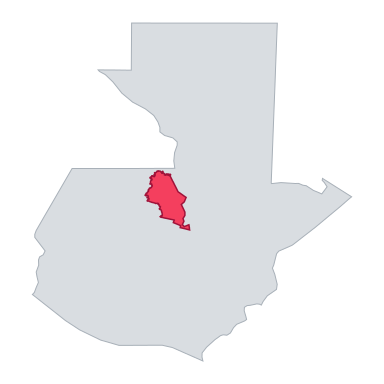 Cobán, Alta Verapaz, Guatemala shown in context
{"feature_id": "79465075B25337893511969", "entity_name": "Cobán", "entity_type": "district", "adm_level": 2, "iso_a3": "GTM", "parent_name": "Guatemala", "parent_adm1": "Alta Verapaz", "projection": "mercator", "projection_center": [-90.634, 15.685], "detail": "fine", "context": "in_parent", "style": "filled", "palette": "rose", "viewbox_px": 384, "rotation_deg": 0, "n_neighbors": 0, "source": "geoboundaries", "source_scale": "gbopen_adm2", "svg_char_len": 6296}
<svg xmlns="http://www.w3.org/2000/svg" viewBox="0 0 384 384"><path d="M32.4,294.5L34.4,292.4L36.2,287.5L38.4,282.5L37.0,276.7L36.2,272.0L38.7,265.2L38.5,260.0L39.6,256.9L43.2,254.8L45.1,250.9L34.8,237.4L34.8,234.3L36.2,230.5L44.5,216.1L54.5,198.9L65.5,179.9L72.1,168.5L96.2,168.5L112.2,168.5L132.4,168.5L154.4,168.4L168.9,168.4L174.8,168.3L173.8,160.9L174.6,152.6L177.2,145.2L177.2,141.9L172.9,137.9L164.6,135.5L159.9,131.9L159.9,127.4L157.9,121.9L153.8,115.5L145.4,108.9L132.7,102.2L121.9,93.2L112.9,81.9L105.3,74.6L99.5,71.5L98.1,69.9L115.2,70.0L131.3,70.2L131.4,53.9L131.5,39.4L131.6,23.0L160.9,23.1L195.8,23.1L232.1,23.1L260.5,23.2L277.3,23.2L276.5,43.5L275.6,66.9L275.0,84.2L274.1,107.1L273.2,130.6L272.0,162.5L271.2,183.1L271.6,183.6L281.1,182.6L295.2,183.5L298.6,183.4L302.9,185.2L306.2,185.7L313.4,190.4L321.8,193.9L327.1,186.8L324.3,182.5L322.2,180.4L322.5,178.4L351.6,196.8L348.2,199.6L340.8,206.1L327.3,217.3L315.3,227.3L303.7,236.3L293.3,244.4L292.0,245.3L278.8,251.1L276.6,253.7L273.7,265.2L272.4,268.1L274.8,274.4L277.2,284.3L276.5,289.4L267.3,295.8L263.1,301.5L261.3,305.1L259.6,304.2L256.8,303.9L250.2,305.3L247.1,305.6L244.4,307.3L244.2,310.8L245.9,316.6L246.6,319.5L244.7,320.9L236.7,324.3L233.5,327.7L230.4,333.0L226.9,335.2L223.2,334.8L220.6,335.6L215.0,339.6L206.6,347.2L202.1,352.9L202.0,357.1L202.9,361.0L172.3,347.5L162.1,345.2L119.1,345.4L100.7,340.1L79.7,329.9L65.5,320.6L32.4,294.5Z" fill="#d9dde1" stroke="#a8b0b8" stroke-width="1"/><path d="M159.8,217.0L159.9,216.9L161.7,217.4L162.1,217.4L163.4,217.7L163.7,217.8L164.5,218.0L167.1,218.5L169.4,219.0L170.8,219.3L172.3,219.6L174.2,220.0L174.3,220.1L173.9,221.1L173.3,222.4L173.3,222.6L179.2,225.0L180.6,225.6L180.2,227.6L183.9,228.5L184.9,228.7L187.5,229.4L188.7,229.7L189.3,229.8L189.6,229.9L189.4,228.3L189.4,227.7L189.1,226.0L188.9,224.8L188.0,225.1L186.1,225.9L184.3,226.6L183.8,226.1L183.1,225.4L182.6,224.8L182.4,224.6L183.0,223.2L183.9,221.3L183.9,221.1L183.8,220.9L183.2,219.1L183.1,218.8L183.0,218.5L184.4,216.3L184.9,215.4L184.9,212.1L184.3,210.8L181.3,204.5L184.0,202.1L184.3,201.8L186.1,197.4L185.3,196.9L179.7,192.9L179.2,192.6L178.2,191.9L178.0,191.7L176.3,188.2L174.5,184.7L173.2,182.0L172.3,180.5L172.0,179.7L171.6,179.0L170.8,177.3L170.0,175.8L169.7,175.8L169.5,175.7L169.8,175.6L170.1,175.5L170.5,175.1L170.6,174.9L170.6,174.6L170.4,174.4L170.3,174.5L170.1,174.6L170.0,174.9L169.9,175.0L169.3,175.0L169.0,175.2L168.8,175.2L168.7,175.1L168.8,175.0L169.0,174.7L169.1,174.2L168.9,174.1L168.7,174.1L168.5,174.4L168.3,174.9L168.2,174.9L168.2,174.4L168.2,174.2L167.9,174.0L167.7,174.1L167.4,174.6L167.2,174.8L167.1,174.6L167.1,174.3L167.0,174.2L166.8,173.9L166.7,173.9L166.4,174.0L166.4,174.5L166.2,174.6L166.0,174.8L165.9,175.0L165.6,175.2L165.4,175.2L165.5,174.8L165.5,174.6L165.4,174.4L165.1,174.4L164.9,174.7L164.8,174.8L164.5,174.7L164.4,174.7L164.4,174.4L164.5,174.2L164.5,173.8L164.4,173.7L164.1,173.5L163.8,173.2L163.5,173.1L163.2,173.1L162.2,173.4L161.9,173.3L161.8,173.2L161.9,172.9L162.0,172.8L162.3,172.7L162.8,172.8L163.0,172.7L163.1,172.4L163.0,171.7L162.9,171.4L162.6,171.3L162.4,171.4L161.9,171.8L161.8,172.0L161.6,172.3L161.3,172.3L161.0,172.1L160.3,171.3L160.0,171.0L159.9,171.0L159.7,171.0L159.1,171.2L158.9,171.2L158.6,171.1L158.5,170.9L158.4,170.9L158.2,171.0L158.0,171.3L157.8,171.3L157.3,171.0L157.1,171.1L156.9,171.5L156.6,172.0L156.2,172.2L156.1,172.5L155.5,172.7L155.1,172.8L154.9,172.8L154.7,172.7L154.5,173.0L155.1,173.8L155.1,174.1L155.1,174.7L155.1,174.8L154.7,174.6L154.1,174.7L154.1,175.3L154.1,175.6L154.6,176.2L154.5,176.3L154.4,176.6L154.1,176.6L153.8,176.6L153.6,176.5L153.4,176.2L152.9,176.0L152.6,175.8L152.2,175.7L151.8,175.8L151.7,176.1L151.9,176.5L151.8,176.8L151.5,177.1L151.1,177.1L150.9,177.0L150.6,177.0L150.3,177.3L150.1,177.4L150.0,177.5L150.0,178.0L150.5,178.2L150.8,178.5L150.9,179.0L151.0,179.0L151.4,178.8L151.7,178.8L151.8,178.9L151.9,179.0L152.0,179.3L151.9,179.8L151.7,180.2L150.9,180.7L150.7,180.9L150.5,181.3L150.6,182.0L150.6,182.4L150.4,182.8L150.0,183.4L150.0,183.7L150.0,184.0L150.4,184.1L150.6,184.0L151.1,183.8L151.3,183.8L151.6,184.0L151.8,184.2L151.8,184.8L151.6,185.0L151.8,185.4L152.1,185.4L152.2,185.5L152.3,185.6L152.3,185.9L152.2,186.1L151.8,186.5L151.8,186.8L151.7,186.9L151.5,187.2L151.4,187.4L151.0,187.4L150.9,187.5L150.7,188.0L150.4,188.1L150.2,187.9L149.9,187.9L149.4,188.2L149.3,188.4L149.1,188.8L148.9,189.1L148.9,189.5L148.7,189.6L148.4,189.7L148.4,189.8L148.4,190.2L148.2,190.4L148.2,190.7L148.2,190.8L148.5,191.0L148.4,191.3L148.2,191.3L148.1,191.5L148.0,191.8L147.7,191.9L147.6,192.0L147.2,192.4L147.1,193.0L146.9,193.2L146.3,193.2L146.1,193.4L146.0,193.6L145.8,194.6L145.4,194.9L145.1,195.1L145.1,195.3L145.5,195.6L146.1,195.8L146.4,195.8L146.5,195.7L146.9,195.3L147.0,195.3L147.1,195.2L147.3,195.3L147.7,195.6L148.0,195.6L148.1,196.1L148.4,197.0L148.2,197.2L148.0,197.3L147.8,197.4L147.7,197.4L147.5,197.2L147.4,197.2L147.1,197.3L147.0,197.6L147.2,197.8L147.8,197.6L148.0,197.6L148.4,198.2L148.8,198.5L149.0,198.8L149.0,199.0L148.9,199.0L148.7,198.9L148.4,199.0L147.7,199.8L147.2,200.5L147.2,200.9L147.3,201.0L147.5,201.1L147.8,201.1L148.1,201.0L148.4,201.1L148.8,201.1L149.4,201.4L149.7,201.6L150.0,201.7L150.3,201.8L151.0,202.0L151.4,202.2L151.7,202.2L152.0,202.4L152.6,202.5L152.9,202.6L153.1,202.6L153.4,202.6L153.5,202.7L153.7,202.8L154.0,202.8L154.4,202.9L154.9,203.1L155.0,203.1L155.2,203.3L155.4,203.4L155.6,203.4L155.8,203.5L155.9,203.4L156.1,203.4L156.4,203.4L157.2,203.3L157.6,203.3L158.1,203.4L158.3,203.5L158.2,203.7L157.9,203.9L157.9,204.1L158.1,204.2L158.3,204.3L158.6,204.4L158.8,204.5L159.0,204.7L159.1,204.8L159.0,205.1L159.0,205.5L159.1,205.8L159.6,206.1L159.6,206.3L159.7,206.5L159.9,206.6L160.3,206.6L160.2,206.9L160.2,207.0L160.3,207.2L160.3,207.3L160.2,207.4L160.2,207.8L160.1,208.0L159.6,208.3L159.4,208.5L159.3,208.9L159.5,209.2L159.8,209.3L160.0,209.5L160.6,209.5L160.8,209.6L161.0,209.8L161.1,210.0L161.2,210.4L161.4,210.7L161.5,210.9L161.6,211.1L161.5,211.3L161.6,211.6L161.6,211.8L161.6,212.0L161.8,212.2L162.0,212.6L162.1,213.0L162.1,213.5L162.3,214.3L162.3,214.6L162.2,214.8L162.3,215.1L162.3,215.3L161.8,215.6L161.7,215.6L161.7,215.8L161.2,215.7L161.0,215.8L160.9,216.0L160.6,216.2L160.4,216.6L160.2,216.8L159.9,216.8L159.8,217.0Z" fill="#f43f5e" stroke="#9f1239" stroke-width="1.5"/></svg>